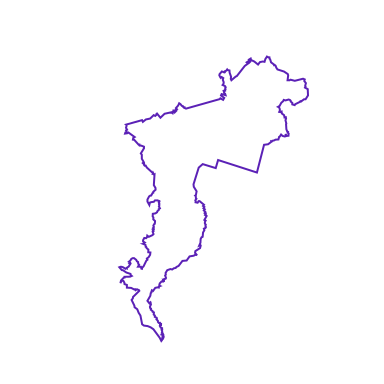 outline of Magdalena, Jalisco, Mexico, rotated 287°
{"feature_id": "50627088B43040746826510", "entity_name": "Magdalena", "entity_type": "district", "adm_level": 2, "iso_a3": "MEX", "parent_name": "Mexico", "parent_adm1": "Jalisco", "projection": "mercator", "projection_center": [-104.086, 20.911], "detail": "fine", "context": "isolated", "style": "outline", "palette": "violet", "viewbox_px": 384, "rotation_deg": 287, "n_neighbors": 0, "source": "geoboundaries", "source_scale": "gbopen_adm2", "svg_char_len": 6039}
<svg xmlns="http://www.w3.org/2000/svg" viewBox="0 0 384 384"><g transform="rotate(287 192 192)"><path d="M318.3,274.7L324.2,272.6L324.9,269.5L326.2,269.7L326.6,269.2L329.4,269.1L331.0,266.9L332.6,266.9L332.8,265.1L328.4,257.8L328.2,253.4L327.3,252.5L326.8,250.7L331.6,249.9L332.8,249.1L334.1,244.8L334.2,237.9L335.5,236.3L337.2,235.0L337.5,234.4L337.2,233.5L337.8,233.3L339.1,229.7L341.8,227.9L342.2,227.1L343.4,226.7L343.1,224.8L343.4,224.1L340.7,223.3L337.7,223.3L337.5,221.6L336.1,219.0L333.2,217.9L335.0,213.4L335.5,209.9L336.8,209.1L335.2,207.7L333.7,209.6L332.6,209.0L333.6,207.7L332.0,206.4L331.3,208.1L328.0,205.6L316.0,201.0L315.1,200.0L310.4,197.0L311.5,196.0L313.6,195.7L317.1,193.1L319.2,192.3L319.0,190.5L319.5,189.8L318.0,189.3L317.1,188.1L316.1,188.4L315.8,188.0L316.0,185.3L312.8,183.9L311.6,184.0L309.8,185.7L309.5,186.2L310.6,186.7L310.1,188.6L308.2,188.7L306.3,190.2L304.8,190.5L303.3,190.0L302.9,192.7L302.0,193.6L301.1,193.3L300.1,194.0L299.2,193.5L297.9,194.7L298.4,194.0L297.9,192.7L295.9,194.0L295.7,194.9L294.4,195.8L294.3,191.7L292.8,191.5L291.4,195.3L289.2,194.8L289.9,191.7L288.9,191.3L270.0,161.9L270.2,160.0L270.8,160.0L270.7,158.8L271.4,158.3L271.4,157.1L272.7,155.2L273.1,153.8L270.7,153.5L267.6,152.1L266.8,153.3L265.9,152.2L265.3,152.3L265.0,153.2L263.1,152.2L264.5,150.9L264.5,150.4L261.6,150.5L261.9,149.6L261.6,148.6L262.1,148.7L258.8,142.9L253.8,140.1L256.8,135.6L256.1,135.2L255.7,135.6L254.0,134.6L254.3,132.9L250.0,130.5L247.9,126.7L244.7,124.5L246.1,123.2L237.2,109.3L237.0,109.8L235.9,110.1L234.1,110.1L232.6,111.7L231.6,110.9L229.8,112.4L229.3,110.9L228.3,110.9L229.3,113.0L230.3,113.8L227.8,121.1L226.5,120.0L224.8,120.2L225.0,121.5L221.6,127.2L222.0,127.9L221.1,128.4L221.5,129.8L221.3,132.8L219.8,133.3L213.9,131.8L213.0,133.1L209.1,134.3L206.4,137.2L205.3,136.5L205.0,137.2L205.3,137.8L204.5,138.2L204.5,137.8L203.7,138.4L203.3,139.1L203.7,140.0L202.2,141.6L198.3,149.8L197.8,149.5L197.8,149.9L198.3,149.8L197.2,150.9L197.5,151.1L187.4,153.5L185.2,155.9L183.5,156.5L180.9,154.9L180.0,155.2L179.5,154.6L176.7,154.0L176.4,153.2L175.3,152.3L171.8,151.6L169.8,152.2L167.1,155.0L168.5,154.9L169.1,154.3L170.3,155.8L171.5,158.4L173.1,159.0L173.9,161.4L173.8,163.5L173.3,163.7L172.5,163.2L171.1,164.3L170.7,164.0L169.2,164.8L168.4,164.6L167.0,166.1L165.9,165.2L165.2,165.5L163.5,164.5L162.4,164.5L160.9,163.3L159.7,160.9L157.2,161.5L156.4,162.5L154.5,163.0L153.5,165.1L152.9,165.3L150.7,165.7L150.0,165.1L148.4,164.9L147.4,165.8L146.0,165.2L145.4,166.4L144.8,166.4L144.2,165.6L143.3,166.6L142.5,166.0L140.5,167.5L139.2,166.8L136.5,163.8L137.2,162.0L135.6,162.2L134.4,161.6L134.1,159.8L131.6,159.3L130.4,159.7L129.9,161.5L129.3,160.9L128.5,161.4L128.1,160.6L127.9,162.9L126.1,163.7L126.2,164.2L125.0,165.1L124.2,167.1L121.6,167.8L122.0,169.9L119.7,170.3L117.0,169.6L115.2,168.3L114.2,169.2L113.0,168.4L106.7,167.4L105.2,166.5L103.9,166.6L103.9,166.0L105.6,165.0L104.8,162.2L107.0,162.7L107.7,161.5L109.3,160.9L109.6,159.6L110.8,158.5L111.8,155.9L111.3,154.5L110.2,153.5L108.5,153.1L106.8,152.0L106.3,153.6L105.8,154.0L105.3,153.3L105.0,154.0L102.1,153.2L100.5,151.8L99.9,152.0L100.0,151.5L99.1,150.8L99.8,148.4L99.9,146.7L99.6,145.5L98.8,144.5L96.8,147.7L97.0,148.9L95.8,152.8L95.7,157.1L94.6,157.7L94.1,158.9L92.9,157.5L91.2,152.3L90.5,152.5L90.2,151.8L86.6,150.0L83.9,150.2L86.8,150.7L86.9,152.4L85.6,153.8L84.2,154.4L84.1,156.9L81.5,157.7L82.5,161.9L81.9,165.2L82.4,165.9L81.6,166.7L82.9,167.8L82.6,170.1L82.1,170.5L74.4,166.3L72.9,166.5L71.1,165.8L66.5,170.1L65.0,170.8L63.9,173.9L60.9,176.3L58.8,178.8L50.9,183.0L50.2,185.1L50.8,188.8L50.5,192.0L49.5,195.2L43.2,203.7L40.6,206.2L41.6,206.6L42.4,206.2L42.8,206.8L43.9,206.2L44.3,206.4L43.9,207.2L45.2,207.3L45.6,207.0L45.6,206.2L46.6,206.4L46.7,204.8L47.8,205.7L48.5,205.1L48.5,204.3L49.9,204.3L50.9,203.5L51.5,203.8L52.3,203.5L52.3,202.9L53.1,203.0L53.3,201.6L54.6,200.3L55.2,200.3L55.6,201.3L56.7,201.0L56.2,200.1L57.5,199.6L57.1,198.5L57.8,197.4L58.9,197.0L59.8,195.3L60.5,195.5L61.4,195.0L61.7,192.9L63.0,192.6L63.6,191.2L65.7,190.8L65.9,189.4L66.5,189.2L67.4,187.0L68.5,186.9L68.9,185.8L70.0,185.3L72.3,185.6L72.6,184.9L73.6,185.1L74.4,184.5L73.2,183.6L74.9,181.2L80.6,182.5L83.2,182.1L84.1,182.6L84.5,182.3L86.3,182.4L86.0,183.7L89.6,184.9L90.8,187.1L90.9,188.2L92.0,188.0L92.8,189.0L92.9,188.3L93.7,187.9L95.2,187.9L97.5,189.0L97.8,190.3L98.4,190.1L98.6,190.9L99.5,190.2L99.5,191.0L100.6,190.8L101.3,192.1L102.2,192.3L104.3,190.7L105.3,191.1L106.9,190.4L110.0,191.2L112.0,193.9L112.1,195.7L113.7,196.9L114.6,198.6L115.7,199.0L117.4,200.8L123.3,203.0L124.9,206.9L129.7,208.5L131.6,212.3L132.8,213.3L133.0,214.5L133.4,214.7L134.7,212.7L136.5,212.5L140.7,216.1L143.3,216.0L143.9,215.4L143.1,214.6L145.9,214.9L149.7,214.0L151.6,214.4L152.1,215.2L152.7,215.2L156.5,214.4L159.1,215.0L160.4,214.1L161.4,215.3L162.3,215.1L162.6,215.5L164.0,214.6L164.8,214.7L165.5,213.6L167.1,213.1L168.6,213.4L168.9,212.0L173.3,213.0L173.8,211.2L174.9,211.6L175.5,210.2L176.5,210.5L176.4,210.9L176.9,210.6L177.8,208.7L179.2,209.3L179.8,207.7L181.3,208.2L181.9,206.6L183.3,207.2L185.5,201.9L185.2,201.0L183.4,200.5L183.2,198.4L184.3,198.2L185.0,197.6L186.8,198.2L187.1,197.6L189.2,196.8L189.5,196.1L190.2,196.6L194.0,196.2L197.5,192.2L199.8,191.2L217.3,191.3L221.8,194.1L221.8,207.7L230.2,207.6L229.6,248.4L258.2,247.1L259.9,250.8L263.1,253.1L263.7,252.9L263.7,253.6L264.5,253.9L265.2,255.3L266.5,256.6L267.5,259.3L270.2,259.2L270.6,259.7L273.0,260.4L272.1,262.2L272.2,264.5L272.8,265.4L274.8,264.5L273.3,266.2L274.0,267.8L276.2,267.3L276.7,266.2L277.6,266.2L277.7,265.4L279.6,263.9L284.4,262.1L285.0,262.2L288.0,260.4L289.7,260.5L291.0,259.8L290.3,258.7L292.4,257.6L293.3,255.1L295.0,254.2L294.3,253.7L294.1,252.0L295.9,252.2L297.4,251.4L298.4,250.5L298.6,249.4L299.9,250.6L303.4,251.3L305.5,252.6L306.9,252.8L306.9,254.6L308.7,257.4L308.6,258.9L308.1,259.7L307.4,259.9L306.5,261.9L305.1,262.3L305.1,264.8L306.1,265.0L309.4,268.5L310.5,269.1L310.8,269.6L310.5,269.9L313.4,272.0L313.9,273.5L318.3,274.7Z" fill="none" stroke="#5b21b6" stroke-width="2"/></g></svg>